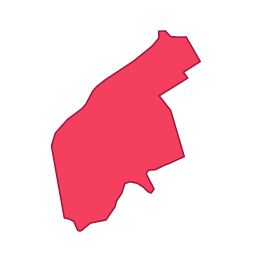 the border of Neretas, rotated 70°
{"feature_id": "LVA-5724", "entity_name": "Neretas", "entity_type": "Municipality", "adm_level": 1, "iso_a3": "LVA", "parent_name": "Latvia", "parent_adm1": "", "projection": "mercator", "projection_center": [25.191, 56.328], "detail": "fine", "context": "isolated", "style": "filled", "palette": "rose", "viewbox_px": 256, "rotation_deg": 70, "n_neighbors": 0, "source": "natural_earth", "source_scale": "10m", "svg_char_len": 729}
<svg xmlns="http://www.w3.org/2000/svg" viewBox="0 0 256 256"><g transform="rotate(70 128 128)"><path d="M190.6,218.6L118.9,206.1L108.1,198.2L99.3,182.0L94.0,164.6L91.1,159.4L81.2,148.3L78.2,142.8L74.9,132.8L67.1,100.0L59.3,77.3L54.0,68.2L47.6,66.1L49.6,59.7L56.5,56.8L59.7,50.0L62.4,42.2L90.2,37.4L94.5,56.8L101.5,54.8L108.4,87.7L126.1,81.9L174.0,84.9L175.4,101.6L175.5,107.8L176.6,116.5L175.4,120.2L174.8,123.2L175.7,124.8L177.5,126.6L194.3,124.4L197.0,128.4L194.8,131.0L188.5,134.0L183.2,138.1L179.2,144.4L179.1,150.0L187.2,156.2L192.8,163.9L197.5,167.0L206.9,180.1L204.5,195.9L208.3,206.5L208.4,208.5L207.0,210.2L197.4,210.9L193.7,214.1L190.8,218.4L190.6,218.6Z" fill="#f43f5e" stroke="#9f1239" stroke-width="1.5"/></g></svg>